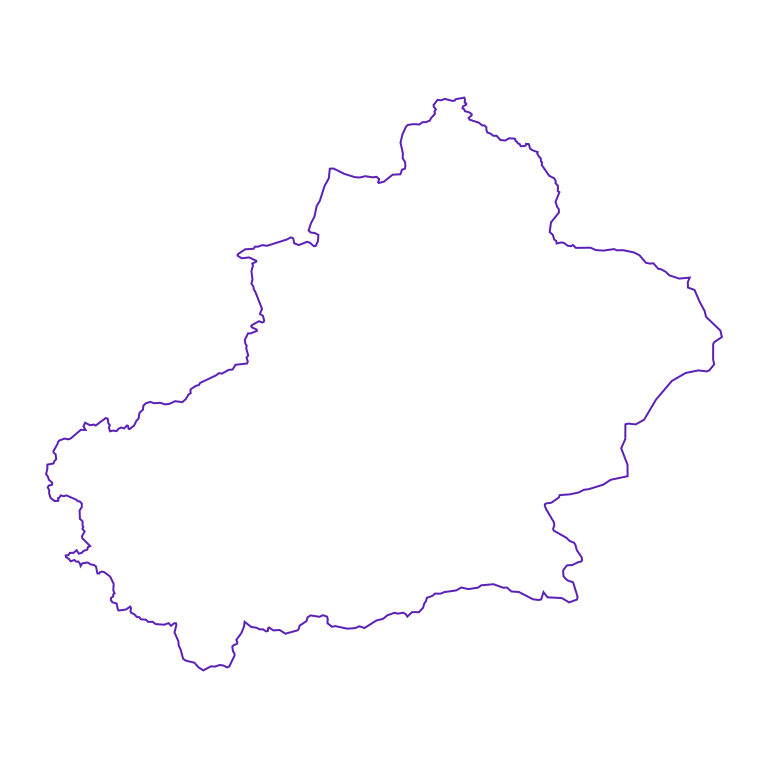 the Autonomous Region of Xinjiang
{"feature_id": "CHN-1756", "entity_name": "Xinjiang", "entity_type": "Autonomous Region", "adm_level": 1, "iso_a3": "CHN", "parent_name": "China", "parent_adm1": "", "projection": "equal_earth", "projection_center": [83.367, 41.753], "detail": "fine", "context": "isolated", "style": "outline", "palette": "violet", "viewbox_px": 768, "rotation_deg": 0, "n_neighbors": 0, "source": "natural_earth", "source_scale": "10m", "svg_char_len": 6042}
<svg xmlns="http://www.w3.org/2000/svg" viewBox="0 0 768 768"><path d="M171.0,625.8L168.6,623.1L164.2,624.7L155.7,624.1L152.6,621.8L148.3,621.9L145.8,619.7L140.9,619.3L139.3,617.2L136.9,617.0L134.3,614.3L131.1,612.7L130.5,611.4L131.0,608.1L130.2,606.6L126.0,609.5L118.7,610.5L117.9,609.7L116.6,603.5L112.4,602.3L110.9,600.1L111.0,598.0L113.2,596.4L113.2,594.4L114.6,593.3L113.3,590.4L113.7,583.9L110.1,576.5L104.1,572.1L101.7,571.6L99.8,572.4L99.3,573.5L97.4,573.4L96.0,566.5L94.1,565.1L90.5,564.3L87.7,562.5L82.3,563.4L80.6,566.0L80.1,563.9L78.3,561.6L76.1,561.6L74.4,560.0L70.7,561.3L68.8,558.9L66.0,557.1L65.7,555.5L68.4,555.1L69.8,552.9L73.5,552.9L76.6,550.2L78.7,553.6L81.7,552.9L83.6,550.9L87.2,549.7L88.0,547.0L90.2,546.1L82.2,538.1L82.1,536.0L84.7,531.4L82.4,528.9L83.3,526.9L82.7,526.2L82.5,521.2L79.9,518.8L79.6,510.5L81.8,507.0L81.8,503.6L79.7,501.4L77.7,501.2L76.3,499.7L66.4,495.4L63.6,496.2L60.7,495.4L59.4,497.6L58.0,498.2L58.5,500.3L58.1,500.9L54.7,501.0L50.7,498.1L49.1,493.3L49.2,490.2L47.7,487.3L48.9,485.5L51.7,485.0L52.3,483.9L52.0,482.5L48.9,479.7L47.9,476.6L46.1,474.1L47.4,468.4L47.3,464.6L53.5,463.5L54.6,460.7L56.2,459.3L55.6,454.2L53.7,452.8L53.4,451.2L57.5,444.0L58.0,442.0L59.5,440.4L64.5,438.6L68.5,439.3L70.5,438.6L80.9,429.8L85.6,430.0L83.5,426.3L85.1,422.7L90.0,425.2L94.0,424.6L95.7,425.5L105.8,418.0L107.7,418.8L108.4,423.4L109.8,425.1L108.9,427.6L110.0,431.3L112.7,430.6L116.6,431.1L118.5,428.8L121.2,427.5L124.2,428.4L127.0,425.5L127.9,425.8L128.6,428.8L129.5,429.1L134.0,425.7L136.5,420.6L138.5,418.8L139.5,412.8L143.0,409.6L143.3,405.8L146.1,403.1L150.5,401.9L153.8,403.2L160.2,402.8L165.2,404.4L169.6,403.8L175.0,401.2L182.3,402.1L185.8,399.1L188.4,394.7L190.7,393.1L190.4,390.3L191.1,389.0L195.6,386.0L198.9,385.0L200.1,382.9L216.2,375.3L218.8,373.2L222.0,373.6L228.6,369.9L232.6,369.5L235.5,364.8L247.0,363.5L247.8,361.6L246.5,357.5L248.2,355.6L246.2,348.1L246.7,345.9L245.3,343.5L244.8,340.0L248.0,333.4L250.5,333.4L256.8,331.0L256.7,329.6L251.8,327.3L251.2,326.3L251.6,325.3L259.0,321.2L262.3,322.5L263.6,322.0L264.2,320.6L262.9,315.8L259.9,313.9L262.0,308.8L255.3,291.7L253.8,289.3L253.3,286.4L251.4,283.7L252.5,279.5L251.4,271.1L253.0,265.5L252.3,263.6L256.2,261.7L256.3,260.8L249.1,257.4L241.8,258.3L238.3,256.2L237.5,255.3L238.0,254.1L245.2,249.3L253.5,248.8L255.1,246.6L257.8,246.7L262.4,245.1L267.0,245.8L286.9,239.5L290.5,237.5L292.6,237.9L293.4,239.0L294.2,243.2L298.7,245.1L307.2,241.8L310.0,242.8L313.9,246.2L315.7,245.9L317.9,241.2L318.4,234.9L315.0,233.1L310.7,232.5L308.6,230.6L311.0,223.1L314.4,216.8L316.7,205.9L319.8,200.9L324.5,186.1L328.8,178.3L329.8,168.7L333.5,168.5L344.1,173.8L355.0,177.2L359.7,177.5L365.3,176.2L372.6,177.3L376.6,176.8L379.2,179.2L378.1,182.3L378.8,183.0L383.9,181.7L392.6,174.7L400.4,174.3L402.0,169.7L404.9,168.7L405.4,166.1L405.1,162.1L402.7,158.2L402.9,153.4L400.5,142.6L402.4,134.6L406.0,126.7L407.8,124.9L414.1,124.1L419.3,124.5L422.6,122.2L426.0,122.1L429.8,120.6L430.9,118.3L434.9,113.8L434.5,111.4L435.9,109.4L433.8,106.7L433.5,105.2L437.6,99.8L440.9,100.3L444.8,98.9L452.8,101.0L454.9,100.4L455.8,99.2L464.4,97.6L465.0,100.0L464.7,102.6L466.2,103.4L466.2,104.7L463.0,106.4L462.5,108.3L464.2,109.3L464.9,111.2L469.3,112.4L471.7,114.1L471.6,115.3L468.6,118.0L469.7,119.7L478.9,122.7L482.1,125.4L484.6,125.5L486.4,127.3L486.4,130.0L487.4,132.5L490.7,133.7L493.4,135.8L496.6,135.8L500.4,140.0L505.3,140.5L509.1,138.3L514.4,138.6L515.2,139.0L515.6,141.1L516.9,141.7L517.8,143.3L519.7,144.1L520.6,146.1L524.5,146.1L525.8,145.4L526.0,143.9L528.8,144.1L530.1,148.6L532.4,150.2L537.7,152.1L537.2,153.4L538.9,156.5L540.7,158.2L541.0,161.4L542.1,162.4L541.7,164.9L549.1,175.7L554.2,178.3L555.8,181.2L555.5,183.1L557.9,185.8L557.9,191.2L559.4,192.2L555.5,202.0L557.2,206.9L558.7,209.0L559.0,212.4L551.0,222.4L549.7,232.1L552.8,234.8L554.2,239.5L556.3,241.0L556.6,243.5L561.9,242.4L564.2,243.1L567.6,245.7L571.0,246.2L573.0,245.0L575.9,247.9L590.6,247.7L595.8,250.1L603.3,250.6L614.0,249.1L616.9,250.3L623.2,250.2L633.8,252.4L639.4,255.2L646.0,262.8L649.9,263.6L653.4,263.3L658.3,268.9L661.0,269.2L665.7,271.8L669.2,275.3L679.2,278.6L689.7,277.6L687.8,282.3L688.0,287.6L694.5,289.9L699.9,302.3L704.5,310.7L706.1,316.9L720.4,330.6L721.9,337.0L714.2,342.2L713.2,344.0L713.1,359.5L714.2,364.3L709.3,370.4L706.6,371.4L698.3,370.4L685.6,373.0L671.9,380.9L656.0,399.6L644.1,419.7L635.7,424.4L628.2,423.6L625.4,424.3L625.3,439.1L621.2,448.2L627.5,464.8L627.6,476.2L610.6,479.8L603.4,484.6L588.7,489.2L583.8,489.8L578.8,492.4L570.3,494.3L559.7,495.1L558.9,497.4L551.5,502.7L546.3,503.4L544.9,504.3L544.8,505.8L546.1,509.1L553.9,522.3L554.3,525.5L553.1,528.8L553.7,530.6L566.4,537.8L569.7,541.0L574.1,542.8L575.3,544.6L576.8,550.1L581.7,557.4L582.1,560.1L581.3,561.5L578.1,562.2L572.4,565.0L567.1,565.3L563.7,569.4L563.1,571.2L563.5,576.1L565.5,578.7L568.0,580.6L573.1,582.3L577.6,596.9L576.9,599.6L569.1,602.4L561.9,598.1L547.5,597.3L543.5,592.1L541.2,599.4L538.8,600.0L533.0,599.3L518.9,592.0L511.5,591.5L507.0,587.6L503.1,587.7L493.4,584.2L481.3,585.3L477.9,587.7L468.2,589.1L461.3,587.5L456.3,590.4L444.3,592.1L440.5,593.7L434.8,593.6L432.9,595.6L426.8,597.9L426.0,601.2L424.3,603.4L423.1,607.7L418.9,612.2L412.1,612.1L407.3,616.6L405.8,614.2L403.3,612.7L398.1,613.6L394.4,612.8L387.4,615.3L383.0,618.9L376.4,620.5L364.5,628.0L359.4,626.3L355.1,628.1L347.3,628.7L335.3,626.1L332.1,626.8L327.5,623.3L327.7,618.9L327.0,616.6L323.0,615.2L319.5,616.8L310.4,615.4L307.5,617.5L306.5,621.1L299.6,625.7L298.7,629.0L297.7,630.3L285.4,633.7L279.7,630.0L273.3,630.4L269.1,627.5L268.0,628.5L267.9,630.9L266.2,631.4L263.0,629.3L259.4,629.3L256.7,627.8L251.1,626.9L244.6,621.8L244.1,626.3L241.4,633.0L236.4,639.8L237.3,642.1L237.0,643.8L233.6,645.2L232.3,646.6L233.0,651.2L234.5,653.6L234.5,655.7L229.2,666.6L227.1,667.4L223.3,665.5L219.6,665.0L215.1,666.6L211.0,666.3L203.3,670.4L198.5,667.3L194.4,662.7L185.6,660.6L183.1,658.7L180.6,649.5L178.8,645.7L178.3,641.1L174.5,632.4L176.4,624.9L176.0,623.3L174.3,623.2L171.0,625.8Z" fill="none" stroke="#5b21b6" stroke-width="2"/></svg>